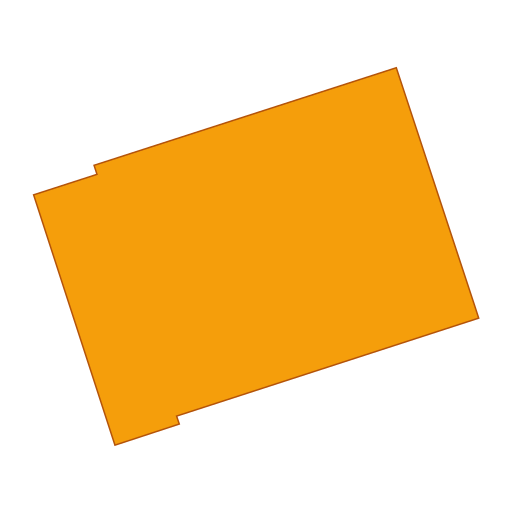 Kearny, Kansas, United States of America, rotated 72°
{"feature_id": "52423323B71286505277012", "entity_name": "Kearny", "entity_type": "district", "adm_level": 2, "iso_a3": "USA", "parent_name": "United States of America", "parent_adm1": "Kansas", "projection": "robinson", "projection_center": [-101.274, 38.0], "detail": "fine", "context": "isolated", "style": "filled", "palette": "amber", "viewbox_px": 512, "rotation_deg": 72, "n_neighbors": 0, "source": "geoboundaries", "source_scale": "gbopen_adm2", "svg_char_len": 287}
<svg xmlns="http://www.w3.org/2000/svg" viewBox="0 0 512 512"><g transform="rotate(72 256 256)"><path d="M392.3,448.6L392.1,380.9L383.7,381.0L383.9,63.4L370.5,63.4L120.3,64.4L119.7,382.0L129.2,382.0L129.1,448.6L392.3,448.6Z" fill="#f59e0b" stroke="#b45309" stroke-width="1.5"/></g></svg>